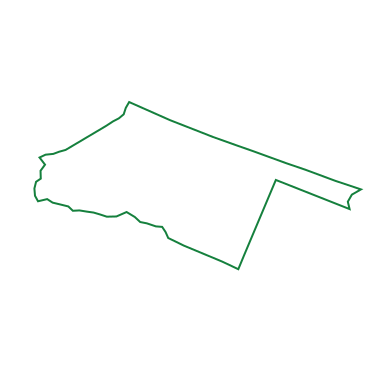 Planalto Alegre, Santa Catarina, Brazil, rotated 114°
{"feature_id": "56859067B50692822496995", "entity_name": "Planalto Alegre", "entity_type": "district", "adm_level": 2, "iso_a3": "BRA", "parent_name": "Brazil", "parent_adm1": "Santa Catarina", "projection": "robinson", "projection_center": [-52.861, -27.043], "detail": "fine", "context": "isolated", "style": "outline", "palette": "green", "viewbox_px": 384, "rotation_deg": 114, "n_neighbors": 0, "source": "geoboundaries", "source_scale": "gbopen_adm2", "svg_char_len": 808}
<svg xmlns="http://www.w3.org/2000/svg" viewBox="0 0 384 384"><g transform="rotate(114 192 192)"><path d="M135.4,286.0L142.1,286.7L148.8,286.0L154.5,288.8L159.5,292.8L166.6,297.4L205.0,324.6L209.2,329.7L213.6,334.2L217.5,341.0L222.5,345.3L226.8,337.4L234.2,339.0L241.3,335.6L246.1,338.6L252.9,337.4L259.3,333.9L263.1,328.9L257.4,321.4L258.4,315.0L256.9,306.9L255.5,299.1L257.6,293.2L254.6,287.3L252.7,280.1L250.8,273.5L249.9,266.7L249.2,259.8L245.1,251.1L236.9,243.6L238.1,234.1L240.5,227.1L239.0,220.5L238.1,211.0L236.0,205.1L239.3,199.9L243.7,195.0L244.3,177.6L243.3,136.2L243.7,118.3L228.1,118.7L146.9,120.3L143.5,41.1L137.5,45.7L129.4,44.9L120.9,38.7L123.5,65.5L125.5,96.9L127.4,118.0L129.8,152.3L131.2,169.3L133.2,195.2L135.3,241.2L135.4,286.0Z" fill="none" stroke="#15803d" stroke-width="2"/></g></svg>